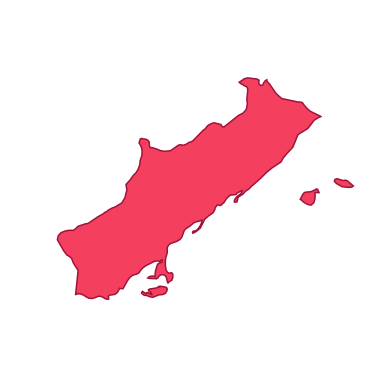 the Governorate of Al Hudaydah, rotated 245°
{"feature_id": "YEM-151", "entity_name": "Al Hudaydah", "entity_type": "Governorate", "adm_level": 1, "iso_a3": "YEM", "parent_name": "Yemen", "parent_adm1": "", "projection": "orthographic", "projection_center": [43.034, 14.789], "detail": "fine", "context": "isolated", "style": "filled", "palette": "rose", "viewbox_px": 384, "rotation_deg": 245, "n_neighbors": 0, "source": "natural_earth", "source_scale": "10m", "svg_char_len": 4256}
<svg xmlns="http://www.w3.org/2000/svg" viewBox="0 0 384 384"><g transform="rotate(245 192 192)"><path d="M205.9,340.7L206.0,337.8L205.4,333.1L201.2,325.0L200.6,323.6L199.3,312.7L198.5,311.5L190.1,302.5L187.2,295.4L184.5,289.4L181.6,285.3L180.1,275.3L179.0,270.6L177.8,266.6L175.4,259.9L171.8,247.7L170.7,245.0L170.1,240.9L168.5,237.1L168.0,232.9L167.7,231.7L167.0,230.9L164.6,229.2L164.1,228.5L164.4,226.9L165.0,226.2L165.9,226.5L167.2,227.6L168.6,230.2L170.1,236.2L172.1,237.9L172.1,234.1L171.9,232.3L171.1,230.7L173.0,225.2L171.6,220.8L169.1,216.8L167.7,212.5L168.0,211.6L169.2,210.2L169.5,209.5L169.3,208.6L169.0,208.3L168.7,208.0L168.1,206.4L167.2,205.8L166.4,205.3L166.0,204.9L165.7,204.2L165.1,203.5L164.4,202.7L163.5,198.1L163.3,196.7L161.9,192.0L155.8,184.3L154.5,179.5L154.2,176.7L154.4,175.3L155.4,175.5L156.0,176.5L155.8,177.4L155.4,178.5L155.4,179.9L156.3,182.4L157.9,185.1L159.9,187.5L162.4,189.0L162.5,187.1L163.3,182.7L163.2,180.0L161.9,175.3L161.3,170.9L160.7,169.3L159.6,167.9L156.3,164.7L154.9,163.0L154.0,160.8L153.7,157.7L154.3,150.5L153.7,148.2L152.0,146.0L147.5,144.0L143.4,140.4L140.8,138.8L138.0,137.4L135.3,136.4L132.5,135.7L130.0,135.7L128.1,136.8L127.4,139.5L126.0,139.9L123.1,138.8L120.6,136.6L120.4,133.7L119.6,131.8L121.0,131.7L125.3,132.7L127.4,132.4L128.8,131.5L129.6,130.1L130.0,128.3L129.9,126.9L128.6,124.9L128.3,123.3L131.6,117.0L132.7,115.6L133.3,117.3L133.0,119.5L132.1,121.5L131.0,122.8L133.4,124.0L135.4,125.2L140.5,129.6L141.2,130.6L141.4,132.3L141.1,134.8L141.5,135.6L143.2,136.4L143.3,135.3L143.1,134.6L142.8,134.1L142.3,133.7L144.2,131.6L145.0,128.7L144.7,118.5L143.5,113.8L141.4,110.1L140.9,108.3L141.0,106.8L141.3,105.4L141.5,103.8L141.4,102.2L141.1,100.7L140.6,99.1L138.7,95.8L133.6,88.7L133.8,87.6L135.4,85.7L134.2,84.4L133.0,82.8L132.2,81.0L131.8,78.8L133.2,74.1L132.9,72.2L130.1,71.2L131.1,69.2L132.3,68.0L133.8,67.1L135.4,65.8L136.5,64.4L137.0,63.3L137.1,61.9L137.2,59.8L137.8,56.1L139.5,53.5L141.8,51.7L144.1,50.3L146.5,48.3L147.8,46.0L148.3,43.2L169.0,55.6L177.6,54.5L183.0,54.8L185.8,53.4L187.7,52.0L192.6,50.9L205.7,49.8L209.0,52.4L210.5,56.0L210.3,60.2L209.5,63.5L208.6,65.8L207.6,67.6L207.6,70.0L209.1,74.3L208.2,82.0L207.7,83.3L207.5,85.1L209.4,96.6L209.7,102.3L210.3,103.8L210.4,106.7L211.0,108.9L211.2,112.7L210.9,117.0L211.4,120.0L211.7,123.6L215.2,128.9L218.0,131.0L221.2,133.8L226.6,135.3L227.7,137.6L229.2,141.3L231.8,145.7L233.2,149.5L235.1,152.5L239.1,156.4L242.3,158.2L246.4,162.1L250.5,164.2L253.9,165.0L256.4,165.1L258.8,164.7L261.9,167.5L261.9,169.0L261.1,169.7L259.1,172.8L257.3,174.0L255.4,174.3L251.4,172.9L250.1,172.7L249.1,174.6L245.4,178.6L243.0,180.7L240.6,184.1L238.5,189.9L240.2,199.7L239.6,201.8L238.1,203.7L237.7,206.0L237.9,208.3L238.3,210.3L237.8,212.5L238.2,215.0L243.3,228.4L243.6,230.5L245.3,233.8L245.7,235.4L245.8,238.8L245.4,241.3L240.9,246.8L238.4,246.9L237.5,248.7L241.8,266.8L241.9,271.3L243.6,275.7L245.8,277.6L248.7,279.5L252.7,280.8L259.9,285.1L262.4,286.2L264.5,285.9L266.1,284.4L268.0,283.3L269.6,282.0L271.6,281.1L272.0,284.8L272.6,287.1L271.9,290.7L266.9,298.7L264.9,300.0L263.7,299.2L261.7,298.3L259.4,299.4L259.0,301.1L260.8,303.4L261.8,305.1L262.1,307.2L260.5,306.8L257.2,307.9L246.5,309.7L243.4,310.8L238.8,312.8L229.1,325.6L227.8,328.1L226.4,329.8L223.6,330.3L219.1,331.6L215.3,333.2L206.3,340.5L205.9,340.7L205.9,340.7ZM138.6,287.8L139.5,286.9L143.1,291.5L143.9,293.3L143.9,294.8L142.1,299.6L141.9,303.8L142.2,306.1L141.3,307.0L137.7,306.9L139.5,303.2L136.8,302.1L133.6,300.4L132.4,299.3L130.9,298.0L130.7,297.4L129.8,294.6L130.9,292.6L133.5,290.3L136.5,288.4L138.6,287.8ZM122.9,105.1L119.7,107.2L119.3,108.1L119.8,108.3L119.9,108.9L119.4,109.8L118.2,110.6L116.4,111.6L116.0,112.2L117.4,112.5L119.0,112.1L120.7,111.1L121.9,111.3L121.9,112.9L120.4,118.0L120.0,119.8L120.3,120.9L120.0,121.9L119.4,122.5L119.5,122.7L120.3,122.5L120.1,123.3L117.5,127.2L116.0,128.6L114.3,128.5L112.9,127.3L111.4,125.1L111.4,122.1L112.7,118.9L113.1,112.0L114.6,109.8L116.3,108.1L117.5,107.1L118.0,105.9L118.6,105.0L121.4,103.5L122.3,104.0L122.9,105.1ZM133.2,330.4L138.7,326.5L141.4,325.5L143.0,326.8L142.6,329.3L138.7,333.5L137.7,336.3L136.4,337.6L129.3,340.8L129.0,339.2L128.9,338.9L129.9,336.1L133.2,330.4Z" fill="#f43f5e" stroke="#9f1239" stroke-width="1.5"/></g></svg>